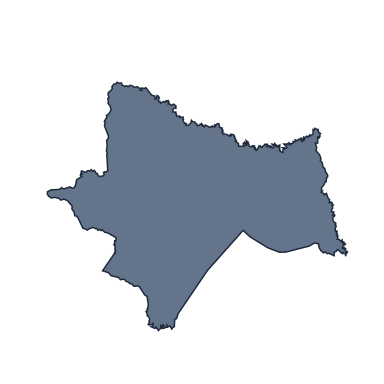 Puerto Lleras, Meta, Colombia, rotated 344°
{"feature_id": "7082276B33547604414651", "entity_name": "Puerto Lleras", "entity_type": "district", "adm_level": 2, "iso_a3": "COL", "parent_name": "Colombia", "parent_adm1": "Meta", "projection": "robinson", "projection_center": [-73.194, 3.209], "detail": "fine", "context": "isolated", "style": "filled", "palette": "slate", "viewbox_px": 384, "rotation_deg": 344, "n_neighbors": 0, "source": "geoboundaries", "source_scale": "gbopen_adm2", "svg_char_len": 6066}
<svg xmlns="http://www.w3.org/2000/svg" viewBox="0 0 384 384"><g transform="rotate(344 192 192)"><path d="M72.7,182.5L74.5,183.4L75.3,185.6L77.2,197.0L78.9,197.7L80.9,199.8L83.5,198.9L87.2,198.8L89.2,200.7L90.5,200.8L90.9,202.9L93.1,202.7L94.1,204.1L95.3,203.6L97.1,206.7L99.5,207.9L106.0,214.5L106.0,217.0L105.1,218.0L104.2,217.6L103.3,220.5L102.4,220.9L102.8,222.1L103.3,221.7L103.3,222.9L102.1,225.8L102.3,227.7L101.2,228.3L101.2,230.0L100.5,229.7L84.3,243.1L89.6,246.6L91.1,250.1L97.9,254.0L99.1,256.6L101.9,256.9L103.4,258.0L103.8,259.5L106.5,261.5L106.6,262.6L108.8,263.9L110.2,266.6L114.6,267.6L115.2,268.4L118.2,278.0L120.0,279.9L119.0,287.9L117.1,292.3L116.5,292.2L116.4,293.8L114.9,294.1L115.3,297.9L114.8,298.5L116.2,300.4L116.1,303.0L115.0,304.3L115.3,306.0L114.0,306.3L113.4,307.4L114.1,308.1L117.0,308.2L118.1,307.4L118.4,308.6L117.6,309.9L115.6,310.2L118.6,312.8L119.7,312.5L120.3,311.1L120.2,313.1L121.0,313.7L121.5,315.9L124.3,314.5L125.0,312.3L125.7,314.9L127.2,315.2L126.5,312.7L127.1,311.7L128.2,312.5L128.8,314.9L131.1,315.2L131.3,313.2L132.1,314.8L133.8,314.9L134.8,318.2L136.2,316.9L137.9,316.6L140.4,309.4L142.3,309.5L145.0,305.2L185.2,271.7L230.5,243.0L235.5,251.2L249.6,266.6L259.3,273.9L265.6,275.6L289.9,276.3L295.8,274.7L299.3,276.7L298.9,280.9L299.8,284.1L301.7,286.8L303.5,286.1L304.8,288.5L306.5,288.6L311.1,292.4L312.1,289.0L313.8,289.0L316.1,287.4L319.4,292.6L320.4,291.9L320.5,292.6L322.4,293.3L322.0,296.1L323.6,292.8L324.0,293.3L324.7,292.7L323.8,292.4L324.5,291.7L323.3,290.7L323.4,289.4L324.1,289.0L323.6,288.2L322.4,287.9L322.7,287.3L321.9,287.4L321.9,288.2L321.0,287.4L322.7,284.7L324.8,284.8L325.1,284.3L324.3,284.3L324.2,282.4L323.2,282.9L323.5,281.5L322.6,281.2L323.0,279.6L321.7,280.5L320.4,278.2L318.7,277.5L319.4,277.1L319.3,274.7L320.2,274.5L319.1,273.4L320.3,272.3L319.4,271.1L320.4,270.3L319.5,269.5L320.1,269.3L319.3,268.7L319.5,266.7L321.2,264.6L320.5,263.1L321.1,263.2L321.6,261.4L320.0,260.0L319.8,257.1L320.9,254.9L322.7,254.2L322.7,253.3L321.1,253.1L322.3,252.1L321.9,251.4L322.7,250.3L320.7,249.3L321.8,246.9L322.8,246.4L323.1,244.1L324.2,243.5L323.2,243.0L323.8,241.0L322.7,239.9L321.4,240.7L321.1,240.0L322.1,237.2L321.1,235.2L320.8,230.4L318.3,231.0L318.4,230.1L316.1,227.7L317.9,226.8L316.9,225.6L317.9,223.4L320.8,221.5L322.9,218.8L323.8,219.1L325.2,215.6L326.5,214.9L327.1,213.2L325.9,208.8L326.2,206.2L324.9,204.2L325.2,199.5L324.0,197.3L325.2,195.5L324.9,191.3L322.6,186.5L324.1,183.6L324.1,179.0L326.4,179.6L327.8,174.1L328.9,175.2L329.7,174.5L329.3,173.7L330.4,173.7L330.9,171.4L331.6,171.2L330.1,168.9L330.6,166.0L329.9,166.9L327.6,164.6L326.7,165.9L325.6,165.2L324.4,169.6L322.2,170.5L321.2,169.7L321.1,170.6L320.1,170.1L318.9,171.4L317.7,169.9L315.2,171.0L314.6,169.9L313.8,170.7L315.0,171.4L314.6,172.2L313.6,171.7L313.0,172.4L313.7,173.0L311.7,173.7L311.1,172.9L312.5,172.1L311.7,172.1L311.6,170.2L309.4,171.1L308.6,170.7L307.5,171.8L305.9,170.6L306.3,172.1L305.5,171.0L304.8,171.9L303.3,171.4L303.6,172.2L302.7,172.9L300.4,172.7L300.5,173.9L299.9,172.9L299.2,173.5L298.8,171.4L297.5,172.6L297.4,171.9L296.3,171.9L295.3,172.7L295.1,171.7L293.5,171.2L295.6,175.4L293.3,176.3L293.2,175.0L291.4,174.5L292.2,175.4L291.2,176.1L290.4,178.9L289.1,178.6L288.2,176.2L287.7,176.3L289.1,171.8L288.2,172.5L288.4,171.2L287.3,171.8L286.4,170.7L286.4,171.8L285.4,171.4L285.7,170.3L284.8,170.2L285.3,169.3L284.8,168.2L284.2,169.1L282.1,168.1L283.1,170.7L282.4,172.0L280.9,171.3L280.8,170.2L279.4,170.7L279.2,170.0L280.1,169.6L279.5,169.0L276.9,169.4L276.6,168.6L277.4,168.7L277.8,167.8L277.4,166.6L275.9,166.9L275.0,165.6L275.2,166.8L273.4,167.1L271.3,168.5L270.3,166.5L269.6,166.9L269.2,166.1L266.8,168.9L265.1,169.8L264.5,168.6L265.1,168.7L265.2,167.0L264.8,166.4L264.2,166.8L263.6,165.4L264.5,164.8L262.8,164.1L261.7,165.1L259.9,164.2L259.7,161.5L259.0,160.2L259.8,159.7L258.2,157.5L257.8,161.9L256.5,161.9L256.9,159.6L256.0,159.6L256.0,158.7L254.4,159.8L254.8,162.3L249.5,160.9L250.0,158.1L248.3,156.2L248.8,155.1L247.7,155.0L248.6,153.1L247.7,151.5L248.4,150.7L247.8,148.4L245.3,147.3L245.4,148.5L244.2,149.0L244.0,147.8L242.9,148.1L241.2,146.2L237.8,144.8L237.5,142.6L238.2,142.8L237.7,142.1L238.8,141.1L237.7,139.3L238.5,138.9L236.3,137.1L236.7,133.7L235.2,133.3L233.0,134.3L232.0,133.2L232.6,135.4L231.5,135.7L229.7,134.2L229.4,134.9L228.3,134.3L227.5,135.1L223.2,131.3L221.7,132.7L220.2,129.4L219.9,130.8L218.7,129.0L216.7,130.0L215.2,129.4L215.4,127.7L214.2,127.0L214.1,125.6L211.9,124.5L211.2,123.0L210.1,125.1L206.7,127.0L204.3,125.8L205.4,124.6L203.9,123.8L202.9,121.0L203.8,119.9L203.3,119.6L204.1,117.7L203.0,117.9L202.0,116.6L200.8,116.7L201.2,116.0L200.5,115.3L198.4,115.0L198.0,114.0L198.6,112.6L197.9,112.0L198.5,110.8L195.6,109.7L196.7,107.2L198.3,106.5L199.6,107.1L200.3,104.6L198.3,102.4L196.1,103.2L194.7,101.1L193.4,100.8L194.7,99.2L194.2,97.4L193.3,97.6L193.4,98.3L192.2,97.2L190.8,98.4L189.9,97.2L186.2,97.9L186.1,96.0L184.9,95.9L184.7,94.7L186.4,92.7L186.2,90.8L185.0,89.6L183.6,92.4L182.2,92.6L182.7,89.5L179.9,87.8L176.4,79.0L175.3,79.4L172.2,78.2L171.7,80.6L170.6,80.3L170.1,79.6L170.6,78.2L168.4,75.7L165.1,75.5L164.5,74.0L161.6,72.3L159.7,73.2L158.3,71.8L156.3,71.9L154.1,69.7L154.3,67.8L151.4,67.1L150.3,65.8L148.1,67.2L146.6,66.7L144.0,68.7L144.0,70.6L140.5,73.0L139.3,73.0L138.3,74.7L138.2,78.4L136.7,79.0L136.8,81.1L135.7,83.7L137.0,86.5L136.9,90.5L135.2,92.6L131.6,95.0L130.9,94.8L130.6,96.7L127.1,100.1L127.6,101.3L126.1,104.2L127.1,115.2L126.3,117.5L124.1,118.9L123.3,123.7L121.1,128.8L121.3,131.1L120.5,132.1L116.9,148.2L114.4,149.1L113.2,148.4L112.2,149.2L112.5,150.8L111.2,152.0L107.8,151.7L106.2,150.5L106.1,148.2L105.0,147.5L104.1,144.2L102.2,144.9L101.4,142.7L99.9,143.5L97.7,142.7L95.3,143.9L91.6,141.3L91.0,142.0L91.3,144.2L90.2,143.7L89.3,145.3L90.5,146.7L84.6,148.4L81.3,154.3L79.4,155.5L78.0,155.4L76.0,153.4L69.7,153.7L67.6,151.8L65.7,153.0L57.0,151.1L53.0,152.0L52.4,154.1L52.9,156.4L55.0,158.9L58.7,159.4L62.4,161.5L63.6,163.6L66.9,163.6L69.9,165.9L72.9,172.6L71.9,175.1L73.2,179.6L72.7,182.5Z" fill="#64748b" stroke="#1e293b" stroke-width="1.5"/></g></svg>